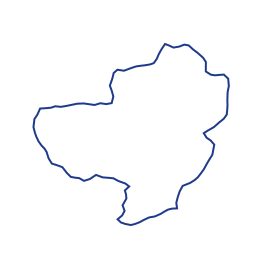 outline of Vargem Alegre, Minas Gerais, Brazil, rotated 13°
{"feature_id": "56859067B29646680816538", "entity_name": "Vargem Alegre", "entity_type": "district", "adm_level": 2, "iso_a3": "BRA", "parent_name": "Brazil", "parent_adm1": "Minas Gerais", "projection": "albers", "projection_center": [-42.322, -19.604], "detail": "fine", "context": "isolated", "style": "outline", "palette": "blue", "viewbox_px": 256, "rotation_deg": 13, "n_neighbors": 0, "source": "geoboundaries", "source_scale": "gbopen_adm2", "svg_char_len": 1536}
<svg xmlns="http://www.w3.org/2000/svg" viewBox="0 0 256 256"><g transform="rotate(13 128 128)"><path d="M193.9,195.3L191.9,190.1L192.0,184.5L192.6,178.2L194.3,172.1L200.8,167.6L204.5,163.9L207.1,160.4L209.5,155.2L211.3,150.8L212.8,145.3L214.4,140.3L216.2,135.1L215.8,124.8L211.4,121.6L206.8,119.8L203.0,116.0L206.4,112.5L211.5,107.8L215.5,102.2L219.2,97.5L221.2,92.7L220.6,88.0L219.8,83.3L218.7,79.2L217.8,74.7L217.0,70.5L216.8,64.3L214.5,57.4L209.4,54.4L204.8,55.8L200.9,57.1L196.7,57.4L191.1,55.4L189.0,46.1L185.4,42.7L179.3,39.3L173.7,36.8L168.6,33.9L164.1,34.1L159.7,37.1L154.2,39.4L149.5,38.4L145.2,37.8L143.1,43.3L141.4,49.0L140.5,54.2L138.5,59.0L135.2,61.1L130.6,63.0L126.1,64.6L122.2,66.1L118.0,68.6L111.2,73.1L104.6,73.6L101.7,77.6L101.6,83.6L100.8,90.8L103.8,95.4L106.6,100.6L106.5,107.4L101.5,109.6L95.5,110.1L90.2,113.1L85.6,113.5L79.5,114.0L73.2,115.7L68.1,118.0L63.4,120.2L57.8,122.5L52.2,123.2L48.3,125.6L43.7,127.1L38.0,128.8L36.7,135.3L34.8,140.3L35.7,148.4L38.4,153.6L40.7,157.2L44.0,161.3L47.8,164.6L51.2,166.8L54.1,169.7L57.5,175.5L61.8,179.8L66.9,180.2L72.8,180.9L78.6,185.6L83.3,188.5L87.7,188.3L91.7,187.8L97.0,189.4L102.3,186.3L107.4,180.9L114.4,181.8L120.4,180.9L125.1,180.3L130.5,181.8L138.0,182.7L142.3,184.7L139.0,189.5L141.0,193.1L142.3,197.1L140.1,204.5L143.3,209.5L142.0,214.5L138.4,219.3L142.3,221.6L146.9,222.1L152.6,221.9L156.2,220.1L160.5,217.2L164.1,214.0L168.7,210.4L174.1,208.1L179.2,204.3L182.1,201.4L185.4,198.5L188.9,196.7L193.9,195.3Z" fill="none" stroke="#1e3a8a" stroke-width="2"/></g></svg>